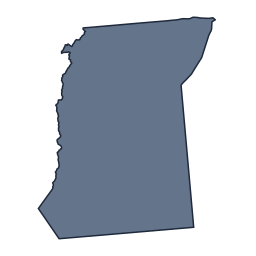 the district of Angaco, San Juan, Argentina, rotated 175°
{"feature_id": "61730980B81698180684339", "entity_name": "Angaco", "entity_type": "district", "adm_level": 2, "iso_a3": "ARG", "parent_name": "Argentina", "parent_adm1": "San Juan", "projection": "equal_earth", "projection_center": [-68.042, -31.197], "detail": "fine", "context": "isolated", "style": "filled", "palette": "slate", "viewbox_px": 256, "rotation_deg": 175, "n_neighbors": 0, "source": "geoboundaries", "source_scale": "gbopen_adm2", "svg_char_len": 5848}
<svg xmlns="http://www.w3.org/2000/svg" viewBox="0 0 256 256"><g transform="rotate(175 128 128)"><path d="M34.1,230.4L34.8,230.4L35.0,230.4L35.6,230.3L36.3,230.2L36.5,230.2L37.8,230.2L39.8,230.4L41.2,230.6L45.0,231.1L47.7,231.6L49.0,232.0L49.3,232.1L50.3,232.2L50.7,232.3L52.0,232.5L53.5,232.6L53.9,232.6L55.4,232.0L56.7,231.6L57.2,231.5L57.3,231.5L58.1,231.5L59.3,231.6L60.3,231.7L60.6,231.7L62.3,232.0L62.5,232.0L64.6,232.1L64.9,232.1L67.2,231.8L67.3,231.8L68.3,231.6L68.5,231.6L69.7,231.5L70.5,231.5L75.1,231.5L79.3,231.4L104.4,231.5L163.9,231.6L164.2,230.4L162.1,227.9L163.0,227.2L163.2,225.7L164.2,224.6L165.5,223.9L166.5,222.6L167.5,221.9L168.1,220.7L168.2,220.3L169.0,220.1L170.3,220.1L171.0,220.3L171.3,220.4L171.8,220.5L172.1,220.2L172.6,219.9L173.2,219.2L173.5,218.7L173.8,218.1L174.2,217.6L174.7,217.0L175.2,216.4L175.7,216.0L176.0,215.5L176.4,214.6L176.7,214.2L176.9,214.2L177.2,214.2L177.8,214.6L178.1,214.9L178.5,215.2L179.0,215.7L179.3,216.0L179.7,216.2L180.0,216.6L180.3,216.8L180.9,216.6L181.1,216.2L181.2,215.9L181.5,215.6L181.8,215.8L181.9,216.1L182.1,216.1L182.4,216.3L182.9,216.3L183.3,216.2L183.4,215.8L183.5,215.4L183.7,214.8L183.8,214.6L184.4,213.9L184.9,213.2L185.2,212.4L185.7,211.6L185.9,211.3L187.2,210.3L187.6,209.8L187.6,209.4L187.6,208.9L187.6,208.6L187.6,208.3L185.2,208.9L184.3,208.8L183.0,208.8L182.2,208.7L181.2,208.9L180.5,208.9L179.5,208.4L179.2,208.1L179.1,207.9L179.1,207.7L180.0,207.0L180.4,206.5L180.5,206.1L180.5,205.7L180.4,205.4L180.2,205.3L180.1,205.2L179.9,205.0L179.9,204.6L180.3,204.2L180.5,203.4L180.8,202.2L180.8,201.8L180.6,201.6L180.2,201.4L179.9,201.3L179.4,201.0L179.3,200.8L179.4,200.4L179.5,199.9L179.5,199.4L179.4,199.1L179.2,198.8L179.0,198.6L178.8,198.4L178.4,198.0L178.4,197.7L179.0,196.9L179.6,196.2L180.4,195.4L180.6,195.1L180.8,194.8L180.9,194.5L180.9,194.2L181.5,193.8L181.7,193.5L182.0,193.5L182.3,193.2L182.6,192.8L183.1,192.1L183.4,191.7L183.8,191.1L184.2,190.5L184.3,190.3L184.7,189.8L184.9,189.5L185.4,188.4L185.5,188.2L185.9,187.8L186.5,187.6L187.7,187.0L187.8,187.0L188.0,186.9L188.4,186.5L188.6,186.1L188.6,185.8L188.5,184.9L188.6,184.7L189.0,184.3L189.3,183.9L189.5,183.7L189.6,183.4L189.6,182.7L189.7,182.2L189.8,181.8L189.9,181.5L190.0,181.1L189.8,181.0L189.8,180.7L189.6,180.3L189.5,180.1L189.4,179.8L189.4,179.6L189.4,179.4L189.4,179.2L189.3,178.9L189.0,178.6L188.9,178.3L188.9,178.1L188.8,177.9L188.7,177.5L188.7,177.2L188.8,176.8L188.9,176.6L189.3,175.9L189.4,175.6L189.5,175.1L189.7,174.4L189.7,173.8L189.7,173.5L189.7,173.3L190.1,172.8L190.4,172.2L190.8,171.4L190.8,171.2L190.7,171.0L190.5,170.6L190.4,170.3L190.5,170.0L190.6,169.9L190.8,169.6L191.0,169.1L191.0,168.6L191.1,167.9L191.1,167.4L191.1,166.6L191.0,166.1L190.9,165.9L190.8,165.7L190.7,165.6L190.3,165.1L190.3,164.6L190.5,164.2L190.6,163.9L190.9,163.2L190.9,162.9L191.1,162.5L191.3,162.3L191.7,162.0L191.9,161.8L192.2,161.7L192.5,161.7L192.7,161.8L193.0,161.9L193.6,162.0L194.0,161.9L194.3,161.9L194.6,162.0L194.9,161.8L195.0,161.7L195.1,161.0L195.3,160.1L195.5,159.4L195.6,159.1L195.9,158.7L196.1,158.4L196.3,158.2L196.5,158.0L196.8,157.9L197.2,157.8L197.5,157.7L197.7,157.0L197.9,156.8L197.8,156.4L197.5,156.2L197.2,155.6L197.1,155.1L197.1,154.8L197.1,154.3L197.3,153.7L197.3,152.6L197.3,152.4L197.5,152.1L197.6,151.9L197.6,151.7L197.3,150.4L197.1,149.9L196.9,149.4L196.9,149.2L196.8,148.9L196.4,148.4L196.4,147.9L196.5,147.7L196.6,147.4L196.6,147.2L196.5,146.9L196.4,146.6L196.2,146.4L196.1,145.9L196.3,145.6L197.0,144.1L197.1,143.7L197.1,142.9L197.0,141.4L197.1,141.1L197.1,140.9L197.1,140.7L196.7,140.2L196.4,139.7L196.3,139.4L196.5,138.9L196.7,138.3L196.9,137.6L197.0,136.9L197.0,136.6L197.0,136.4L196.6,135.6L196.7,135.4L196.8,135.0L197.0,134.5L197.2,134.3L197.3,133.9L197.3,133.0L197.4,131.6L197.3,131.1L197.2,130.9L197.0,130.7L196.8,130.6L196.6,130.3L196.5,130.0L196.6,129.4L196.6,129.0L196.7,128.5L196.5,128.0L196.4,127.6L196.2,127.4L195.9,126.8L195.7,126.6L195.6,126.3L195.8,125.6L196.0,125.3L196.2,125.1L196.5,124.8L196.6,124.5L197.0,124.2L198.0,123.6L198.8,123.2L199.5,122.4L199.7,122.2L199.8,121.8L199.8,121.5L199.6,121.0L199.6,120.6L199.6,119.9L199.5,119.7L199.3,119.5L199.2,119.3L199.1,118.3L198.9,118.0L198.8,117.8L197.8,117.2L197.0,116.6L196.8,116.2L196.4,115.9L196.0,115.4L195.9,115.0L195.9,114.6L196.0,113.6L196.1,113.3L196.2,113.2L196.3,113.1L196.5,113.0L196.9,113.0L197.0,112.9L197.1,112.7L197.4,112.4L197.7,112.2L197.9,112.1L198.2,112.0L198.5,111.9L198.6,111.7L198.8,111.2L199.1,111.0L199.4,110.5L199.6,110.1L199.9,110.0L200.3,110.1L200.6,109.8L200.6,109.5L200.5,109.0L200.4,108.6L200.5,108.4L200.5,108.0L200.5,107.8L200.3,107.3L200.1,106.7L199.9,105.9L199.8,105.4L199.8,105.1L199.8,104.8L199.8,104.5L200.0,104.0L200.1,103.7L200.2,103.3L200.3,103.1L200.3,102.9L200.3,101.5L200.2,100.8L200.1,100.6L200.1,100.3L200.0,99.9L200.0,99.6L200.0,99.2L200.0,98.5L199.9,98.3L199.8,97.8L199.8,97.4L199.9,97.0L200.0,96.5L200.0,96.1L200.1,95.8L200.2,95.3L200.3,95.1L200.5,94.8L201.0,94.0L201.4,93.8L202.2,93.4L202.4,92.9L202.8,92.2L203.0,91.7L203.5,91.1L204.1,90.5L204.1,90.3L204.1,90.0L204.0,89.6L203.8,89.4L203.6,89.0L203.5,88.8L203.5,88.4L203.6,88.1L203.9,87.5L203.9,87.3L204.1,85.7L204.0,85.3L204.0,85.1L204.0,84.9L204.1,84.6L204.4,84.0L204.7,83.5L205.1,82.8L205.4,82.3L206.1,81.4L206.3,81.1L206.5,81.0L206.7,80.9L206.9,80.8L207.4,80.4L207.6,80.2L207.7,79.8L207.7,79.5L207.5,78.9L207.4,78.5L207.3,78.3L207.4,78.0L207.3,77.6L207.4,77.3L207.5,77.0L207.6,76.8L207.9,76.3L208.1,75.9L208.1,75.4L208.0,75.2L208.1,74.9L208.5,73.9L224.3,55.6L206.3,23.7L71.2,23.4L71.4,166.0L69.6,168.0L66.7,170.3L60.1,176.2L55.0,183.1L48.6,191.5L47.8,193.3L41.1,209.3L39.7,212.7L38.9,214.2L38.5,214.8L37.8,216.1L37.7,216.2L36.9,217.3L36.7,217.8L36.1,219.3L35.1,226.5L32.1,227.9L31.8,228.1L31.7,228.2L31.7,228.3L33.6,230.2L33.7,230.3L33.8,230.3L34.1,230.4Z" fill="#64748b" stroke="#1e293b" stroke-width="1.5"/></g></svg>